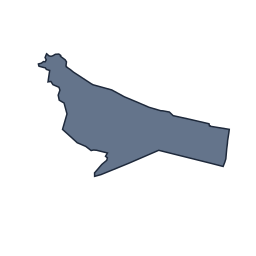 Murgap, Mary, Turkmenistan (Equal Earth projection), rotated 284°
{"feature_id": "10190150B75003432350729", "entity_name": "Murgap", "entity_type": "district", "adm_level": 2, "iso_a3": "TKM", "parent_name": "Turkmenistan", "parent_adm1": "Mary", "projection": "equal_earth", "projection_center": [61.783, 36.895], "detail": "fine", "context": "isolated", "style": "filled", "palette": "slate", "viewbox_px": 256, "rotation_deg": 284, "n_neighbors": 0, "source": "geoboundaries", "source_scale": "gbopen_adm2", "svg_char_len": 1424}
<svg xmlns="http://www.w3.org/2000/svg" viewBox="0 0 256 256"><g transform="rotate(284 128 128)"><path d="M76.2,113.0L94.0,137.3L113.8,163.2L113.8,174.9L113.8,205.4L113.8,217.7L113.7,229.6L118.3,230.2L121.7,230.4L131.8,228.8L137.0,228.2L139.9,227.7L147.9,227.0L151.2,226.6L149.6,207.6L150.0,207.3L149.8,206.5L151.7,205.6L151.4,186.8L150.9,168.8L153.5,164.3L153.1,157.7L152.7,155.5L153.2,143.3L155.3,130.6L157.4,116.9L160.8,103.8L161.0,103.1L161.5,83.4L161.8,82.7L161.8,82.3L169.0,61.6L170.7,58.0L172.4,53.4L172.9,53.4L173.2,52.8L177.3,52.3L179.0,50.5L181.2,45.2L181.9,45.2L182.1,45.2L183.0,43.0L183.0,42.9L182.4,41.1L182.0,39.8L181.7,39.4L179.9,37.6L179.5,36.9L178.9,36.0L178.9,35.8L178.9,33.8L180.4,31.1L180.2,31.0L176.3,30.5L176.2,30.6L174.3,32.2L172.2,31.6L172.1,31.2L172.0,29.9L170.1,28.4L169.9,28.2L168.5,25.6L168.3,25.7L167.8,25.8L166.4,26.7L166.3,32.0L166.4,33.2L165.1,34.6L164.9,37.9L164.9,38.1L155.5,39.0L154.3,39.2L153.4,39.2L154.2,41.2L154.5,41.9L151.9,44.7L150.8,51.2L148.2,52.8L143.0,52.3L138.4,54.5L137.3,58.1L136.9,59.6L136.8,59.9L126.9,65.4L113.5,64.9L110.8,64.8L103.1,79.2L101.4,82.3L100.9,85.6L99.9,91.6L99.7,92.0L97.2,97.7L97.3,97.8L98.3,99.9L98.5,101.0L98.6,101.8L98.8,102.6L98.8,113.8L98.8,114.1L97.3,113.7L95.1,113.0L94.5,114.3L94.1,115.2L93.8,115.2L91.5,115.2L86.3,111.4L78.7,107.6L77.3,106.9L76.4,106.4L73.0,107.3L73.1,107.5L76.2,113.0Z" fill="#64748b" stroke="#1e293b" stroke-width="1.5"/></g></svg>